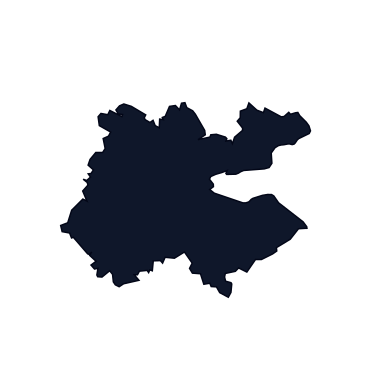 the Province of Namur, rotated 244°
{"feature_id": "BEL-3476", "entity_name": "Namur", "entity_type": "Province", "adm_level": 1, "iso_a3": "BEL", "parent_name": "Belgium", "parent_adm1": "", "projection": "albers", "projection_center": [4.867, 50.216], "detail": "fine", "context": "isolated", "style": "filled", "palette": "ink", "viewbox_px": 384, "rotation_deg": 244, "n_neighbors": 0, "source": "natural_earth", "source_scale": "10m", "svg_char_len": 2450}
<svg xmlns="http://www.w3.org/2000/svg" viewBox="0 0 384 384"><g transform="rotate(244 192 192)"><path d="M189.7,214.6L187.4,213.6L186.5,209.0L181.2,211.5L159.9,233.0L158.7,235.4L158.2,238.5L158.7,240.3L159.4,241.9L159.6,244.0L158.1,253.9L156.6,258.9L154.8,262.4L152.6,263.8L144.3,265.1L116.4,278.8L110.5,279.9L109.0,279.4L109.6,278.1L112.3,271.6L106.5,259.6L105.0,243.5L101.8,242.3L101.0,237.3L100.9,224.8L103.5,219.5L96.0,206.2L103.3,200.6L101.7,196.2L104.2,186.2L101.3,184.0L97.1,183.1L93.4,187.3L91.9,187.4L84.7,183.0L81.5,178.5L89.4,172.8L96.0,172.4L98.6,167.8L102.2,168.0L103.9,162.2L114.8,163.8L118.9,156.8L124.4,156.3L128.0,161.0L141.4,158.9L140.2,147.2L145.1,139.2L141.0,134.4L144.2,133.5L147.1,127.0L138.6,121.8L140.5,119.9L138.6,117.7L141.2,117.3L143.9,110.0L141.5,106.7L143.0,103.8L135.9,105.6L139.5,90.3L138.8,85.0L142.2,82.4L145.7,81.9L152.8,84.5L157.3,83.5L155.0,73.8L157.2,70.1L159.1,70.1L164.6,74.0L165.5,70.6L170.6,69.2L171.8,75.4L179.8,72.3L182.0,75.6L181.2,72.0L182.2,71.1L203.3,65.5L203.5,63.6L208.8,64.0L213.3,57.9L219.5,59.3L218.8,66.8L228.4,75.9L233.5,90.8L229.8,93.6L240.8,94.2L243.8,101.5L246.5,102.0L251.2,99.8L248.5,102.4L249.9,107.3L253.8,106.7L252.9,109.4L255.1,113.1L261.7,110.4L266.0,114.7L269.7,122.9L266.7,129.0L269.1,133.0L279.0,135.6L278.8,141.4L281.5,145.2L292.3,137.8L300.8,140.6L302.5,144.6L298.4,150.2L301.3,153.9L290.5,162.0L292.1,163.6L294.5,160.0L299.1,159.6L301.2,164.6L301.0,169.3L295.6,175.0L281.6,184.2L279.5,181.5L277.4,181.7L272.9,184.7L273.5,188.4L267.8,188.0L264.1,190.7L271.7,194.9L269.6,198.0L272.0,198.0L271.7,201.1L278.8,209.3L277.0,215.0L271.3,216.8L276.4,221.5L275.4,224.8L270.1,224.3L264.7,228.2L260.5,229.1L241.8,230.4L237.6,229.0L236.4,220.3L233.5,232.2L235.2,234.0L233.2,239.2L226.7,246.1L224.7,246.7L222.9,244.8L221.5,249.6L217.7,249.5L222.6,254.3L225.2,264.4L227.3,265.5L235.8,263.7L237.6,267.9L243.5,270.9L242.8,277.8L247.1,282.2L237.1,286.2L232.0,291.0L235.4,294.4L220.4,305.2L219.5,307.9L221.2,313.9L218.7,314.6L217.8,319.9L217.1,322.0L213.4,322.3L204.7,325.3L200.2,326.1L195.0,325.3L193.2,323.0L193.2,311.3L192.7,309.5L190.8,306.2L190.3,304.7L190.7,302.8L192.5,300.7L193.2,299.1L194.2,295.3L195.2,292.7L195.8,290.0L195.4,286.0L192.3,280.3L182.8,276.4L180.2,272.0L181.1,267.1L188.7,247.9L188.9,244.6L188.6,242.0L188.8,239.2L192.6,230.9L193.8,230.6L195.9,233.0L196.4,227.5L197.5,221.1L197.7,215.7L195.9,213.3L189.7,214.6Z" fill="#0f172a" stroke="#020617" stroke-width="1.5"/></g></svg>